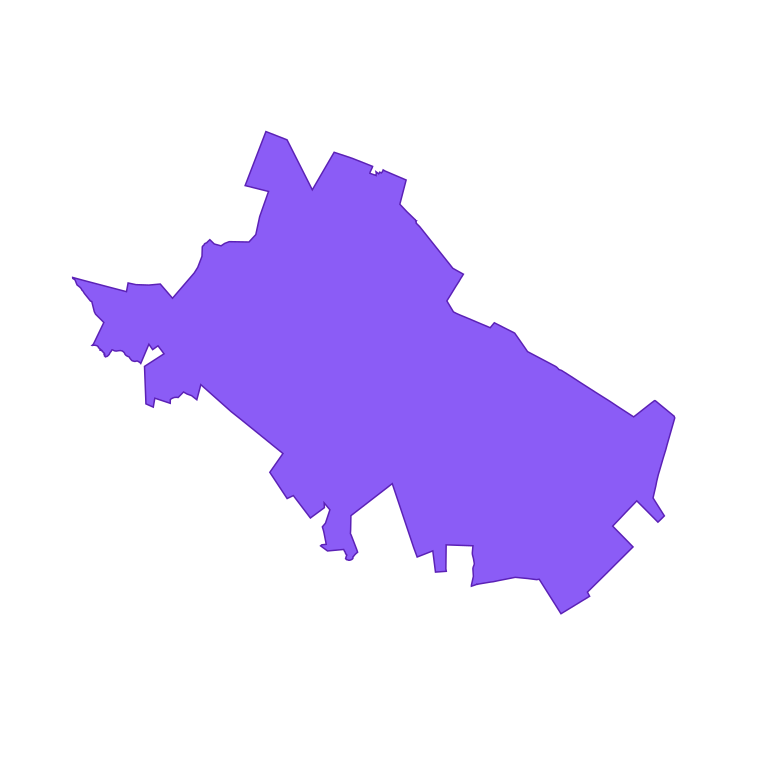 Opodepe, Sonora, Mexico (Albers equal-area conic projection), rotated 225°
{"feature_id": "50627088B76508997852309", "entity_name": "Opodepe", "entity_type": "district", "adm_level": 2, "iso_a3": "MEX", "parent_name": "Mexico", "parent_adm1": "Sonora", "projection": "albers", "projection_center": [-110.689, 30.036], "detail": "fine", "context": "isolated", "style": "filled", "palette": "violet", "viewbox_px": 768, "rotation_deg": 225, "n_neighbors": 0, "source": "geoboundaries", "source_scale": "gbopen_adm2", "svg_char_len": 5523}
<svg xmlns="http://www.w3.org/2000/svg" viewBox="0 0 768 768"><g transform="rotate(225 384 384)"><path d="M646.0,479.0L622.5,426.1L601.8,438.5L590.3,414.5L580.3,399.0L579.9,388.9L594.1,375.2L596.1,370.7L596.9,366.5L603.0,363.0L609.2,362.9L609.3,359.4L609.2,358.6L609.5,357.9L609.9,356.9L610.0,356.1L609.7,355.3L609.6,354.7L609.7,353.5L609.6,352.9L609.4,352.4L603.0,345.6L598.2,334.8L596.7,328.3L594.2,295.1L612.9,296.5L620.2,287.7L629.6,278.9L636.4,274.5L631.4,267.2L647.6,257.7L669.9,244.7L679.5,239.2L679.2,238.9L678.9,238.7L678.7,238.6L678.0,238.7L677.7,238.8L677.4,238.9L677.1,239.0L676.8,239.1L676.4,239.1L676.1,239.1L675.9,239.0L675.7,238.9L674.6,238.5L673.9,238.2L672.6,237.6L672.3,237.5L672.1,237.4L671.3,237.1L671.0,237.0L670.8,237.0L670.5,237.0L670.2,237.1L669.6,237.2L668.5,237.3L667.6,237.4L666.8,237.4L666.1,237.4L665.7,237.3L665.2,237.2L664.7,237.0L664.4,236.9L664.1,236.8L663.7,236.8L663.1,236.8L662.4,236.8L661.6,236.6L660.6,236.3L659.4,236.1L650.2,235.1L649.0,235.7L640.0,230.3L637.3,229.4L625.6,229.4L617.7,206.8L617.7,204.9L617.3,205.2L617.0,205.8L616.6,206.2L615.8,207.0L614.6,207.8L613.9,208.1L613.2,208.3L612.4,208.3L611.7,207.8L611.2,207.9L610.6,207.9L610.3,207.9L610.0,207.8L609.9,207.7L609.7,207.7L609.5,207.8L609.4,207.9L609.3,208.0L609.2,208.1L608.9,208.0L608.7,207.7L608.6,207.4L608.5,207.2L608.4,207.3L608.3,207.5L608.1,207.6L608.0,207.8L608.0,208.0L607.8,208.1L607.7,208.2L607.3,208.0L607.2,208.0L607.1,207.9L606.9,207.9L606.8,208.0L606.7,207.9L606.4,208.0L606.2,208.1L605.9,208.1L605.6,208.0L605.5,207.9L605.3,207.9L605.1,207.9L604.8,207.9L604.6,207.8L604.4,207.8L604.2,207.9L604.1,208.0L603.8,207.8L603.7,207.8L602.9,207.7L602.9,207.4L602.7,207.3L602.7,207.2L602.5,207.3L602.4,207.3L602.3,207.2L602.2,207.2L601.9,207.0L601.7,206.6L601.6,206.4L601.6,206.2L601.4,206.2L601.2,206.4L600.9,206.4L600.7,206.3L600.4,206.2L600.2,206.2L600.1,206.7L599.6,207.2L599.3,207.8L599.2,208.6L599.2,209.1L599.2,210.4L599.3,210.8L599.6,211.7L599.9,212.7L600.0,213.7L600.0,214.1L600.3,215.0L600.5,215.4L600.5,215.8L600.1,216.2L599.7,216.3L599.1,216.5L598.0,216.9L597.3,217.4L596.6,218.0L596.0,218.8L595.2,219.9L594.7,220.5L594.0,221.3L592.9,222.0L592.4,222.3L591.1,222.5L590.1,222.5L589.7,222.5L589.0,222.2L588.2,221.9L587.1,221.8L586.3,221.9L585.8,222.0L585.1,222.2L584.6,222.4L583.9,222.7L583.5,222.9L583.2,222.9L581.7,222.5L580.5,222.4L579.6,222.3L578.9,222.3L578.2,222.5L577.6,222.9L576.6,223.4L575.8,224.2L575.1,225.4L574.5,225.9L573.9,226.1L573.3,226.2L572.5,226.5L571.6,226.6L570.5,226.5L578.4,245.9L571.9,244.7L570.8,251.2L560.9,249.8L565.8,227.1L541.4,204.5L538.3,201.6L530.8,204.5L536.0,211.9L521.5,219.2L524.0,221.8L524.0,223.1L523.4,224.8L522.7,226.3L521.3,227.9L520.0,228.9L520.1,236.6L516.3,237.6L511.8,239.7L505.2,240.5L505.5,241.0L511.3,251.0L513.1,254.0L472.2,256.4L462.7,257.5L406.3,263.4L402.3,240.8L371.5,234.5L369.2,241.0L341.3,237.2L338.7,254.4L342.2,257.6L333.3,256.8L327.0,244.2L326.6,239.4L325.1,238.6L322.9,237.4L321.3,236.4L311.5,229.8L314.3,226.3L314.4,224.7L305.9,226.0L295.5,238.5L293.9,237.9L293.6,237.8L293.2,237.8L291.8,237.3L291.4,237.1L291.3,236.9L291.1,236.8L290.8,236.9L290.2,236.8L289.8,236.8L289.5,236.8L289.2,236.5L289.2,236.2L287.7,233.4L287.4,233.5L286.9,233.3L286.3,233.3L286.2,233.5L285.8,233.7L285.4,233.9L284.9,234.1L284.6,234.3L284.2,234.5L283.9,234.8L283.3,235.7L283.0,236.3L282.9,236.6L282.9,236.9L282.7,237.2L282.6,237.7L282.6,238.3L282.8,238.9L283.4,239.5L283.6,239.7L283.7,239.9L283.7,240.1L283.7,240.7L283.7,241.1L283.8,241.6L283.9,242.7L283.9,243.6L283.9,244.5L283.8,245.2L283.7,246.4L286.3,247.7L300.5,254.0L301.9,254.4L304.4,257.2L314.3,267.5L307.7,319.4L247.3,289.3L238.2,285.1L231.5,300.5L214.6,287.4L207.5,295.6L209.6,297.1L226.3,314.2L206.7,332.5L202.8,327.8L202.4,327.3L201.4,326.3L200.4,325.6L199.0,324.8L197.3,323.8L193.9,321.4L193.0,320.7L192.6,320.1L192.1,319.1L191.6,317.9L191.1,317.0L190.5,316.2L184.8,311.2L179.9,303.5L179.2,302.8L177.0,307.3L176.9,308.2L176.4,308.2L175.7,309.4L168.7,319.2L166.9,321.5L163.7,326.4L154.5,340.1L144.8,348.1L137.7,353.6L136.2,355.7L111.4,350.1L96.4,346.7L90.7,370.3L88.5,379.3L93.0,380.7L92.8,408.7L92.8,413.7L92.8,419.2L92.7,444.9L111.2,445.1L114.6,445.1L121.8,445.2L122.1,457.3L122.3,463.9L122.6,480.1L111.5,480.1L92.6,480.0L92.5,483.1L92.5,485.2L92.5,489.0L109.4,492.8L113.2,493.7L119.7,504.1L122.4,508.1L126.0,514.0L127.7,517.2L134.3,529.2L138.3,536.8L139.7,539.2L140.8,541.1L154.4,565.6L155.4,566.0L156.1,566.4L157.7,566.2L167.1,565.3L174.1,564.6L177.6,564.3L179.7,564.1L180.6,563.9L180.9,563.6L181.1,563.0L181.1,562.4L181.5,559.9L184.2,537.3L194.0,535.2L202.9,533.3L209.5,532.0L212.4,531.4L229.6,527.5L235.6,526.2L247.5,523.6L252.4,522.6L261.6,520.6L268.1,519.1L270.8,517.8L271.1,518.0L273.8,518.0L275.0,517.8L281.2,515.9L305.4,508.4L308.0,508.9L315.7,510.3L327.6,512.4L349.3,505.3L348.7,498.9L362.7,493.2L373.6,488.8L378.6,486.7L382.7,485.1L385.9,484.1L398.3,487.2L400.1,494.9L402.3,504.1L403.6,510.1L403.7,510.3L404.4,513.0L404.5,513.4L404.7,514.5L405.5,517.8L412.8,515.7L417.2,514.5L470.0,520.5L475.0,520.5L475.5,521.0L475.8,521.4L476.3,521.4L476.6,521.5L476.8,521.7L476.7,522.2L477.1,522.0L477.4,522.1L478.0,522.3L478.1,522.2L478.6,522.2L489.6,522.0L499.9,522.3L512.6,543.9L533.8,535.4L536.0,534.8L535.3,533.3L535.1,531.4L536.8,530.8L536.5,530.0L536.5,529.3L536.4,528.9L537.3,528.8L539.7,528.4L538.2,527.4L537.7,526.2L537.1,525.8L543.0,523.0L543.6,523.9L545.3,528.6L545.9,529.8L565.9,521.2L583.1,512.6L572.0,470.6L625.2,488.1L646.0,479.0Z" fill="#8b5cf6" stroke="#5b21b6" stroke-width="1.5"/></g></svg>